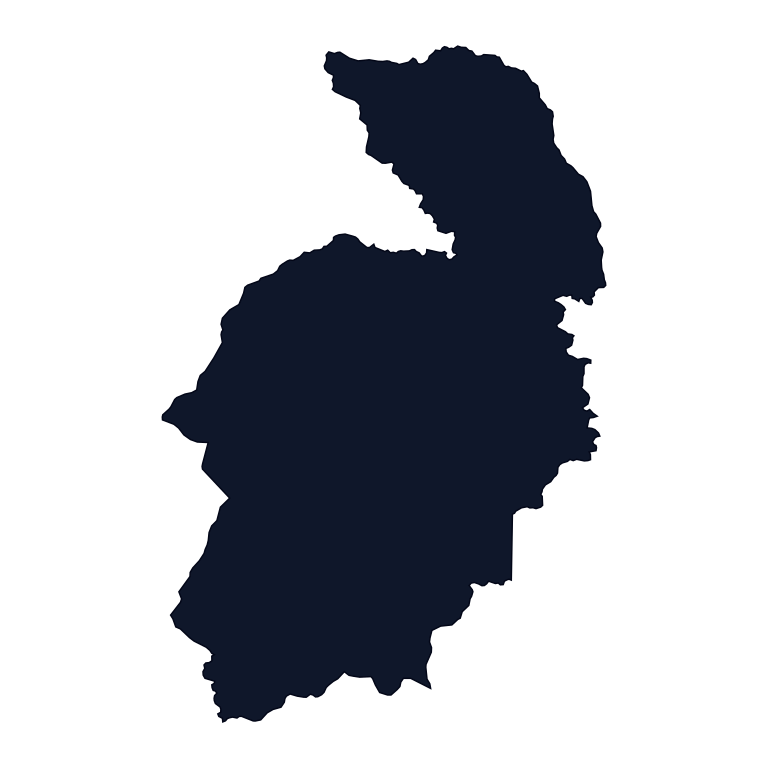 outline of São Gabriel do Oeste, Mato Grosso do Sul, Brazil
{"feature_id": "56859067B2444555609749", "entity_name": "São Gabriel do Oeste", "entity_type": "district", "adm_level": 2, "iso_a3": "BRA", "parent_name": "Brazil", "parent_adm1": "Mato Grosso do Sul", "projection": "mercator", "projection_center": [-54.463, -19.151], "detail": "fine", "context": "isolated", "style": "filled", "palette": "ink", "viewbox_px": 768, "rotation_deg": 0, "n_neighbors": 0, "source": "geoboundaries", "source_scale": "gbopen_adm2", "svg_char_len": 6049}
<svg xmlns="http://www.w3.org/2000/svg" viewBox="0 0 768 768"><path d="M430.6,688.4L429.8,683.8L427.0,679.1L425.8,667.3L426.0,664.4L431.3,652.2L431.5,647.6L429.5,642.0L430.0,637.9L431.9,630.4L440.6,626.1L451.9,624.9L457.8,619.4L460.2,618.2L462.2,611.7L468.8,605.4L470.1,598.8L471.6,596.2L472.9,591.7L472.2,589.7L469.1,585.5L471.2,583.1L474.4,582.5L478.6,583.9L481.9,585.7L484.4,585.5L486.6,583.8L488.6,581.2L495.4,583.5L498.3,583.0L500.3,584.8L503.2,584.6L504.4,581.2L507.0,579.8L509.0,579.2L511.3,580.1L512.4,514.2L514.5,513.2L515.7,511.2L521.5,507.8L527.2,506.7L529.8,507.9L533.0,507.7L536.0,508.6L540.7,507.1L542.6,505.3L542.2,496.3L540.7,494.4L542.0,491.8L542.4,489.2L545.4,484.9L550.7,481.7L553.8,477.3L556.1,475.4L557.5,473.1L557.9,467.4L559.8,464.6L562.4,462.9L567.4,461.4L569.9,459.4L573.2,460.6L576.6,459.3L584.3,460.9L587.9,460.6L590.5,459.7L590.4,454.6L589.2,451.9L596.0,450.7L596.5,447.7L596.0,445.5L593.8,444.5L592.5,441.8L595.0,437.8L597.0,436.6L599.8,436.1L598.5,433.0L594.9,429.6L591.9,428.4L587.1,427.9L588.7,419.9L589.7,417.9L593.4,417.5L597.2,416.2L593.1,413.3L589.7,409.5L587.0,411.1L584.3,410.3L582.4,407.8L587.9,404.0L589.5,397.7L588.1,394.3L581.3,387.8L582.5,385.4L582.8,376.5L584.0,373.7L584.0,366.9L585.1,364.4L588.1,362.8L590.7,363.2L590.8,360.1L586.7,358.6L583.6,358.3L577.6,359.5L572.3,356.4L568.4,355.2L566.2,351.9L565.8,348.4L568.6,347.3L571.6,345.2L572.9,340.1L572.4,337.8L573.9,335.8L571.9,334.5L567.8,333.9L565.4,331.7L557.4,327.6L556.6,324.8L562.0,320.5L563.6,314.7L563.2,312.0L565.4,309.6L563.9,307.0L561.1,304.6L558.2,302.7L554.6,301.3L554.6,298.8L563.0,295.3L566.7,296.3L569.2,295.2L571.8,295.1L572.2,298.4L574.7,298.8L578.8,301.4L579.8,298.4L582.1,298.4L585.6,303.3L588.3,304.4L591.2,304.7L592.4,302.5L592.2,300.2L590.7,297.3L592.8,296.9L594.4,295.1L594.1,291.9L598.4,287.6L603.7,287.4L605.7,285.4L605.5,282.8L604.3,279.7L603.6,274.2L602.0,270.2L601.6,267.4L601.2,260.0L602.9,251.9L602.2,248.0L598.4,242.6L596.1,236.6L596.7,233.3L600.6,226.4L600.5,223.1L595.8,214.1L593.6,211.7L591.9,205.6L590.5,191.2L586.9,181.8L583.0,176.7L578.4,174.2L573.0,167.7L570.9,165.8L566.3,163.2L564.6,159.1L561.1,155.4L559.0,149.9L556.7,147.7L553.7,143.1L553.1,139.3L553.8,135.5L552.1,123.9L552.5,118.8L553.2,116.3L552.5,111.8L550.4,109.9L547.2,108.6L545.3,104.9L539.3,97.8L539.3,93.4L537.5,86.0L534.5,83.5L531.7,82.1L526.9,74.3L523.4,70.6L521.4,71.2L515.6,68.3L511.3,67.9L508.3,66.4L505.8,66.8L503.9,65.3L499.3,57.2L496.8,56.9L495.0,55.4L483.7,54.6L481.4,56.0L477.8,56.3L475.4,55.7L471.9,51.1L468.8,50.5L465.8,47.5L461.2,47.3L457.7,46.1L453.6,48.8L451.4,48.3L449.1,48.8L446.9,47.3L444.4,46.7L442.4,48.0L440.6,50.8L435.6,50.2L433.9,52.5L429.4,56.3L428.3,59.8L425.3,62.4L423.0,63.7L420.3,64.2L417.9,63.6L415.6,59.5L413.0,58.2L408.7,62.2L398.9,64.6L396.8,63.4L391.5,62.4L389.4,61.3L387.0,60.9L382.8,61.5L378.1,61.3L369.2,59.8L358.1,60.9L349.4,58.2L339.9,52.2L337.7,52.4L334.4,53.6L328.8,51.9L326.1,55.2L326.7,57.8L326.5,60.7L324.3,65.9L324.9,68.8L328.2,72.6L333.5,75.2L333.4,77.7L332.3,80.3L333.4,83.3L333.6,86.8L332.4,89.4L335.1,91.7L346.2,97.0L355.1,100.4L360.3,105.4L359.8,108.5L360.8,112.9L359.7,118.9L367.1,125.0L367.3,130.2L369.1,132.9L368.9,136.5L366.5,146.9L366.2,152.4L368.6,154.5L371.0,155.4L382.1,163.1L385.5,163.2L391.9,162.1L394.0,164.0L392.4,170.1L393.2,172.9L398.1,175.0L401.9,181.3L403.9,183.5L409.2,185.4L409.7,188.4L413.5,189.0L415.0,190.6L416.5,193.8L422.3,193.8L423.5,196.5L423.2,199.7L420.6,203.8L419.3,207.3L422.1,207.7L423.9,210.1L425.3,213.4L427.8,213.1L430.3,213.6L432.4,215.8L434.4,219.2L433.6,222.0L436.7,223.2L437.7,225.3L437.2,228.0L437.9,230.7L446.0,233.3L451.4,231.3L454.7,231.7L454.5,235.3L455.6,237.3L455.1,239.9L453.2,244.0L452.2,249.7L453.5,252.7L455.7,253.2L457.1,254.9L454.0,256.8L451.8,259.2L449.1,259.7L447.0,258.3L445.4,255.4L446.5,253.1L444.5,251.6L441.9,252.6L439.1,252.4L426.8,249.6L426.6,252.9L424.6,255.7L421.7,256.2L419.1,252.8L416.2,251.5L414.5,249.6L412.0,249.7L409.4,250.9L403.5,251.2L400.7,250.8L398.3,251.5L396.4,253.2L393.3,252.3L390.3,252.8L387.7,250.2L384.9,251.5L375.0,247.5L373.8,244.2L369.4,247.6L366.9,247.5L359.7,241.8L357.8,239.0L355.5,237.1L352.8,236.2L345.1,234.1L339.0,234.8L335.4,236.1L333.6,237.4L333.4,240.5L326.8,246.3L324.0,246.4L322.3,248.9L319.8,249.9L314.2,250.2L309.8,252.9L304.2,252.3L300.1,256.7L293.2,260.4L289.8,260.1L287.4,261.0L282.3,264.2L279.8,266.2L277.6,270.7L273.3,274.1L260.9,278.3L259.1,281.0L247.6,285.2L244.9,287.4L243.6,293.2L238.9,304.6L229.9,309.8L222.4,318.2L221.1,324.3L222.9,329.9L221.6,332.0L221.1,334.7L222.4,342.6L213.8,358.0L205.1,371.4L200.3,375.4L198.0,381.5L196.7,390.0L191.7,392.7L185.0,394.1L176.8,397.6L174.7,399.5L170.9,406.8L169.1,409.1L162.8,414.8L162.3,417.0L162.5,419.9L173.8,424.2L178.6,428.0L183.9,434.9L190.4,439.5L197.3,442.0L208.2,442.5L202.6,463.8L202.1,466.4L202.5,469.1L229.7,498.1L220.4,507.2L216.9,520.6L211.7,525.9L209.1,532.5L208.3,540.4L207.2,545.0L205.2,549.4L204.1,553.4L199.3,560.8L192.8,567.9L190.2,572.4L190.0,576.5L178.9,591.8L181.6,598.9L180.5,602.3L170.6,615.1L172.9,618.8L175.8,626.9L180.4,628.9L189.5,637.6L194.1,641.1L206.2,647.2L209.9,650.4L211.8,653.3L214.3,654.7L211.8,656.1L211.9,660.8L209.2,662.6L205.8,663.0L204.0,665.0L204.8,668.4L203.0,671.6L203.2,675.1L205.0,678.3L214.7,681.2L214.2,683.4L211.8,684.8L212.1,687.7L213.2,690.4L215.3,691.0L216.9,693.1L214.6,695.6L214.1,698.3L214.3,700.6L215.4,703.5L220.1,707.0L220.9,709.3L220.7,712.3L217.8,713.9L218.8,716.4L222.4,718.3L222.8,721.9L225.5,720.8L227.3,718.6L229.4,717.8L232.5,717.1L237.0,718.0L239.2,716.4L241.5,716.3L253.1,720.9L255.3,721.0L260.7,719.9L267.2,712.8L273.1,709.4L281.0,707.2L284.3,702.2L284.9,698.6L286.4,696.1L290.1,694.0L297.2,696.1L303.5,697.1L306.3,697.2L310.3,694.2L313.0,695.0L315.5,696.9L317.8,696.7L321.6,694.7L324.0,692.3L326.2,687.5L328.4,685.3L333.2,681.4L337.7,678.8L344.3,671.7L349.0,675.3L353.1,676.1L359.6,677.1L371.0,676.6L372.7,678.6L375.4,685.0L379.7,692.5L387.6,695.0L391.0,695.0L397.1,689.6L399.9,686.5L400.8,682.1L403.4,678.3L410.7,678.3L430.6,688.4Z" fill="#0f172a" stroke="#020617" stroke-width="1.5"/></svg>